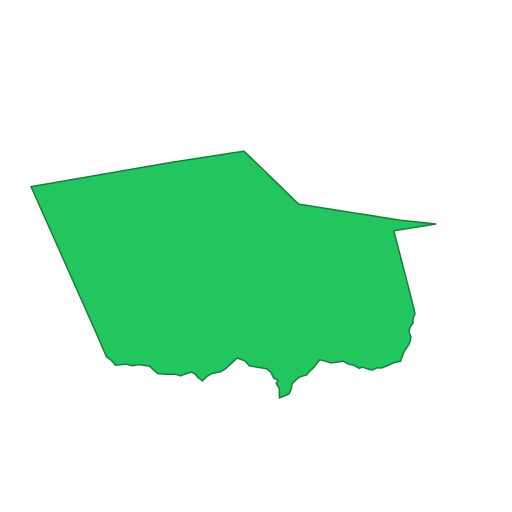 the district of Jardim, Ceará, Brazil, rotated 336°
{"feature_id": "56859067B26521088745212", "entity_name": "Jardim", "entity_type": "district", "adm_level": 2, "iso_a3": "BRA", "parent_name": "Brazil", "parent_adm1": "Ceará", "projection": "albers", "projection_center": [-39.229, -7.588], "detail": "fine", "context": "isolated", "style": "filled", "palette": "green", "viewbox_px": 512, "rotation_deg": 336, "n_neighbors": 0, "source": "geoboundaries", "source_scale": "gbopen_adm2", "svg_char_len": 1216}
<svg xmlns="http://www.w3.org/2000/svg" viewBox="0 0 512 512"><g transform="rotate(336 256 256)"><path d="M78.4,287.5L81.4,292.4L83.2,298.6L89.1,300.6L93.6,302.1L98.5,306.0L104.5,307.4L113.9,313.3L118.3,323.4L124.4,326.8L134.7,331.5L138.3,334.8L146.1,335.3L150.1,336.0L152.6,339.6L153.5,343.1L156.3,348.3L162.2,346.1L167.4,345.3L176.5,347.4L182.1,346.7L197.3,341.6L203.3,347.4L205.3,353.7L219.8,363.3L222.3,368.1L222.6,375.0L225.7,378.2L222.6,380.6L223.4,386.4L219.7,395.2L230.1,395.4L234.5,391.4L236.8,387.5L242.2,385.5L246.6,384.2L254.1,385.3L257.4,383.4L264.1,381.1L271.9,376.7L276.3,379.9L280.7,384.0L286.5,385.9L292.7,387.5L296.2,392.0L301.2,395.9L304.6,400.6L308.1,400.8L311.9,404.5L315.9,407.5L320.8,407.3L325.5,409.4L330.8,409.7L335.0,409.6L338.9,409.6L345.3,410.9L349.1,406.9L352.5,403.5L355.4,401.7L359.2,399.3L362.2,396.5L364.7,392.6L364.9,387.2L368.0,383.6L372.1,381.2L374.3,376.5L377.6,373.7L378.5,370.0L380.0,361.7L392.2,289.0L433.6,300.0L402.8,282.3L394.4,276.8L377.1,265.5L360.6,254.9L326.9,233.0L316.2,225.9L314.7,222.6L298.3,181.5L287.7,155.4L281.8,153.7L217.9,136.3L123.3,112.4L78.7,101.1L78.7,140.7L78.7,234.9L78.7,262.5L78.4,287.5Z" fill="#22c55e" stroke="#15803d" stroke-width="1.5"/></g></svg>